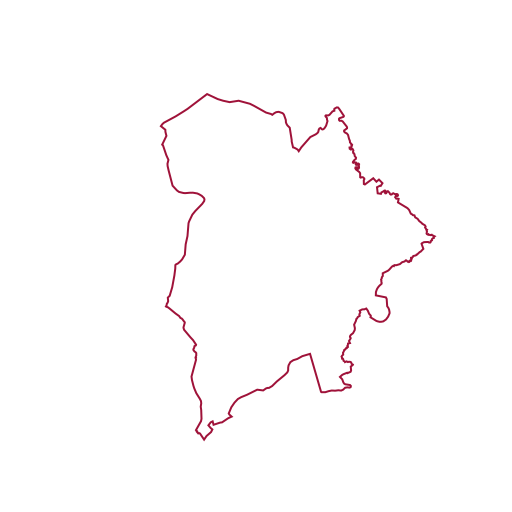 outline of Chum Saeng, Nakhon Sawan, Thailand, rotated 140°
{"feature_id": "78962969B30138061095359", "entity_name": "Chum Saeng", "entity_type": "district", "adm_level": 2, "iso_a3": "THA", "parent_name": "Thailand", "parent_adm1": "Nakhon Sawan", "projection": "orthographic", "projection_center": [100.257, 15.84], "detail": "fine", "context": "isolated", "style": "outline", "palette": "rose", "viewbox_px": 512, "rotation_deg": 140, "n_neighbors": 0, "source": "geoboundaries", "source_scale": "gbopen_adm2", "svg_char_len": 6152}
<svg xmlns="http://www.w3.org/2000/svg" viewBox="0 0 512 512"><g transform="rotate(140 256 256)"><path d="M251.6,110.5L252.1,111.9L251.5,113.3L251.7,114.1L252.7,115.2L253.8,115.7L254.3,117.0L256.0,117.5L255.8,118.0L256.3,119.4L255.5,121.0L255.5,121.8L256.0,122.1L255.4,123.0L255.1,124.0L254.1,124.3L252.6,124.4L251.5,126.0L250.2,126.4L248.8,127.3L248.1,127.0L247.6,127.3L245.9,127.1L245.7,127.5L245.2,127.2L244.4,127.5L244.0,127.3L243.7,127.8L243.8,128.4L243.0,128.6L241.8,129.8L240.0,128.9L239.4,131.1L236.5,132.0L236.2,132.3L236.1,133.5L235.6,134.1L234.0,134.6L231.3,134.5L228.0,135.8L226.6,137.2L225.0,140.3L221.3,142.0L219.5,143.3L218.8,143.2L217.4,143.8L215.0,143.5L214.3,144.9L212.3,145.8L211.8,147.5L208.9,146.8L207.3,145.5L205.3,144.9L205.5,142.2L206.5,139.0L206.4,136.6L206.7,136.1L207.7,135.5L205.6,129.1L205.0,128.0L203.6,126.1L202.0,124.9L200.5,124.1L197.2,123.8L193.8,124.6L190.6,126.2L189.8,127.1L188.5,129.4L188.0,131.0L187.8,133.2L183.5,139.1L183.1,140.8L189.5,148.8L187.3,151.3L184.8,152.8L182.8,153.5L180.6,153.9L177.7,154.0L177.0,154.6L176.6,155.7L175.8,156.4L175.5,157.4L174.0,158.1L173.3,158.8L171.7,159.2L170.0,161.3L164.4,159.9L162.8,159.9L158.6,160.5L157.2,160.3L156.9,159.6L155.8,160.0L154.5,158.8L151.0,157.3L148.0,157.3L145.7,156.3L144.0,156.4L143.7,156.1L143.4,154.1L142.9,154.0L142.8,153.1L142.3,152.9L141.2,153.5L140.5,152.6L140.1,152.7L139.7,153.5L138.6,153.7L138.7,154.7L138.4,155.0L137.5,154.5L136.2,154.5L135.5,154.9L133.8,154.0L132.6,153.6L132.0,153.9L131.6,153.6L128.0,153.8L127.2,153.5L123.2,153.9L121.3,159.0L120.4,159.1L118.4,158.6L115.1,156.1L114.8,155.1L113.8,154.3L113.1,154.5L112.6,155.1L111.1,154.9L110.8,155.6L110.4,155.8L109.3,155.9L108.2,155.5L107.8,156.2L106.5,156.2L107.7,158.8L107.7,159.3L108.7,159.6L109.1,160.3L110.0,161.0L109.9,161.9L110.7,162.1L111.0,163.0L110.9,163.6L109.3,164.8L109.1,165.7L108.1,166.1L108.5,167.1L108.2,167.9L108.2,169.1L107.1,169.6L106.9,171.0L107.9,173.9L107.9,175.0L108.5,177.9L108.3,180.6L109.2,183.3L108.5,185.3L109.6,186.5L109.6,187.5L110.2,188.9L109.1,192.8L109.2,195.2L112.8,205.8L110.0,208.1L110.8,209.2L111.7,209.7L111.6,211.6L110.3,212.1L109.1,211.1L108.5,211.0L108.1,211.3L107.9,212.4L108.4,213.1L109.8,214.0L110.5,215.8L111.3,216.1L112.3,215.9L113.2,216.3L113.5,217.2L113.1,218.8L113.3,220.9L114.2,221.0L115.9,220.4L116.6,220.8L116.6,221.6L114.9,222.2L115.1,223.3L115.8,223.6L117.4,223.7L119.0,224.1L120.3,223.3L122.5,225.8L119.1,230.9L115.7,230.1L115.4,229.5L112.3,230.5L112.7,235.5L116.0,235.5L116.2,240.2L126.6,240.8L127.1,241.8L124.7,244.8L123.6,245.2L123.2,245.8L123.5,247.6L124.2,248.3L125.4,248.7L125.6,249.3L123.0,252.5L122.9,254.0L123.8,258.1L123.5,259.4L122.8,259.9L122.1,259.6L121.8,258.8L122.4,258.1L122.4,257.6L122.1,257.2L121.4,257.0L120.4,257.3L119.6,258.4L119.7,259.1L118.4,259.6L118.0,260.1L118.1,261.0L118.6,261.4L120.3,261.1L120.7,261.4L120.6,262.2L119.5,262.5L119.3,263.3L120.0,264.1L121.5,264.7L121.7,265.3L121.2,265.8L118.7,266.3L117.1,266.2L116.2,267.0L116.1,269.2L115.1,270.7L115.3,272.2L114.9,272.5L115.0,272.9L114.8,273.4L113.5,274.3L113.2,276.0L113.7,276.6L114.9,276.5L115.3,277.9L114.6,279.0L112.9,278.1L111.2,279.2L111.4,279.7L110.9,279.7L110.9,280.2L111.0,282.6L110.1,283.8L109.4,286.0L107.7,289.5L107.6,291.3L108.5,293.6L108.5,294.7L107.8,295.5L104.2,295.3L103.7,295.8L103.3,296.7L103.1,303.4L103.6,304.7L105.0,305.8L105.0,306.7L104.3,307.7L103.5,307.9L99.6,306.4L99.0,306.5L98.6,306.9L97.7,315.2L97.7,317.0L98.6,317.9L101.2,318.4L101.7,318.2L102.6,316.9L104.4,317.6L109.0,316.9L110.4,317.3L112.0,318.8L112.6,318.8L113.0,318.3L113.0,316.1L113.9,314.9L114.5,313.4L118.5,310.8L120.9,310.0L122.6,309.8L123.6,310.1L124.1,310.8L124.2,312.6L125.4,312.9L126.5,312.6L128.6,311.0L129.9,310.7L132.0,310.8L137.9,312.2L151.5,310.1L155.9,308.8L155.7,310.6L156.0,311.7L157.0,314.2L157.8,315.4L155.1,320.7L154.0,322.1L147.7,332.6L148.0,335.9L147.7,337.6L147.2,339.1L145.7,341.1L143.8,346.2L143.7,347.4L143.9,348.5L145.9,351.8L146.9,352.5L148.1,353.2L150.0,353.6L152.8,353.7L153.2,355.1L156.1,359.4L161.0,372.3L162.8,376.5L169.5,386.1L177.3,390.8L181.4,396.1L184.5,400.9L189.4,411.5L213.8,412.7L218.0,413.2L227.8,414.6L240.9,417.3L242.9,417.2L245.4,416.6L244.3,411.0L245.6,409.3L247.4,405.6L256.3,401.6L256.1,400.6L259.9,390.9L261.3,385.9L264.5,383.6L265.9,381.7L268.0,377.6L274.7,363.5L274.4,357.0L273.8,354.6L271.1,350.9L269.9,349.7L265.9,346.9L263.7,345.1L260.8,341.7L259.9,339.8L258.9,337.0L258.6,333.9L259.0,332.6L260.4,331.4L263.7,330.5L273.5,329.5L278.2,328.6L285.0,325.5L286.6,324.5L295.7,315.3L302.3,310.2L309.7,302.7L314.8,300.9L317.7,300.5L320.9,300.5L322.5,301.0L323.6,300.9L325.9,298.3L331.1,293.5L340.3,285.9L347.7,281.0L350.3,280.8L352.3,277.9L353.8,277.0L354.9,276.8L356.6,275.4L357.4,275.3L357.4,274.9L356.5,273.5L356.0,271.4L354.6,263.7L353.5,259.4L353.7,257.1L353.1,255.9L353.0,254.7L353.2,252.2L353.1,251.5L353.4,250.7L357.2,248.1L357.7,247.6L358.5,245.7L358.5,235.9L358.3,232.0L358.9,226.7L359.4,226.6L359.6,226.2L361.1,226.5L362.4,225.4L363.6,225.0L364.3,224.4L364.5,222.6L364.1,220.8L364.2,220.0L365.8,218.1L367.1,217.4L367.3,216.7L367.8,216.8L368.6,215.1L382.9,205.1L384.8,202.1L387.4,196.7L388.4,194.2L389.9,189.3L390.8,182.8L391.4,180.2L392.7,178.3L395.2,176.1L397.0,173.2L402.4,166.3L404.3,164.8L413.9,161.2L413.8,160.0L414.1,160.1L414.3,159.7L414.3,157.2L413.5,157.0L413.0,156.0L413.8,148.7L409.6,149.9L403.6,150.0L400.9,151.2L401.3,153.3L401.3,156.9L397.6,157.7L395.5,157.2L397.0,154.0L390.5,151.4L389.0,150.4L381.5,149.6L377.9,148.6L378.3,151.6L378.1,152.9L372.1,156.0L366.7,157.5L361.8,158.1L358.1,157.4L352.2,155.5L341.0,152.8L336.9,148.4L333.4,148.1L332.1,147.6L330.8,146.6L327.2,146.0L320.7,146.5L310.7,146.4L306.9,146.7L305.0,147.6L303.0,149.9L301.3,151.3L297.9,152.6L294.4,152.2L290.6,150.6L284.9,149.5L277.5,146.3L293.5,110.1L293.3,109.5L290.4,107.1L287.3,105.8L284.5,104.3L281.9,101.9L279.2,100.2L277.3,98.2L275.2,97.6L272.4,97.8L270.4,96.6L268.9,95.0L267.9,94.7L266.9,95.4L266.9,96.7L270.1,100.4L270.5,101.6L270.3,103.1L269.2,106.1L269.4,109.4L266.4,109.5L264.9,109.2L261.3,108.0L261.3,107.5L258.0,106.5L256.8,107.1L254.5,110.4L252.0,110.3L251.6,110.5Z" fill="none" stroke="#9f1239" stroke-width="2"/></g></svg>